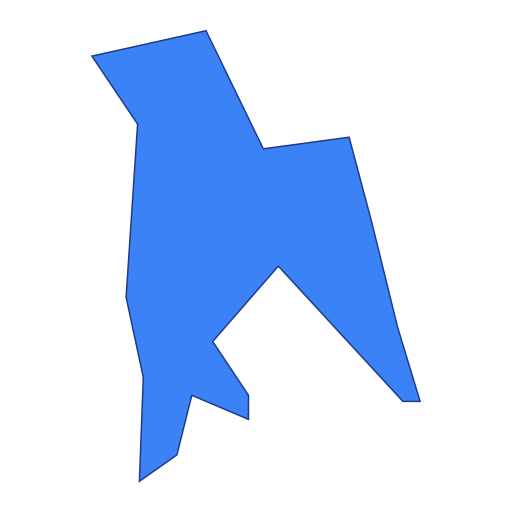 map outline of Kowloon City (Albers equal-area conic projection)
{"feature_id": "HKG-5158", "entity_name": "Kowloon City", "entity_type": "state/province", "adm_level": 1, "iso_a3": "HKG", "parent_name": "Hong Kong S.A.R.", "parent_adm1": "", "projection": "albers", "projection_center": [114.191, 22.32], "detail": "fine", "context": "isolated", "style": "filled", "palette": "blue", "viewbox_px": 512, "rotation_deg": 0, "n_neighbors": 0, "source": "natural_earth", "source_scale": "10m", "svg_char_len": 369}
<svg xmlns="http://www.w3.org/2000/svg" viewBox="0 0 512 512"><path d="M397.5,326.9L420.1,401.4L402.9,401.4L278.3,266.1L212.7,341.5L248.5,395.3L248.5,419.4L191.8,395.3L176.9,454.9L139.4,481.3L143.3,377.4L126.1,297.1L130.7,228.1L137.6,124.1L91.9,56.1L206.0,30.7L263.3,148.8L349.1,137.2L371.9,222.9L397.5,326.9Z" fill="#3b82f6" stroke="#1e3a8a" stroke-width="1.5"/></svg>